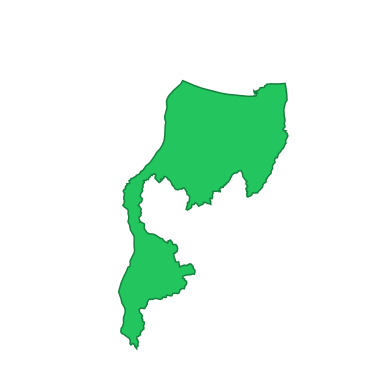 Timaru District, Canterbury, New Zealand (Natural Earth projection), rotated 235°
{"feature_id": "76426892B42496743885166", "entity_name": "Timaru District", "entity_type": "district", "adm_level": 2, "iso_a3": "NZL", "parent_name": "New Zealand", "parent_adm1": "Canterbury", "projection": "natural_earth1", "projection_center": [171.008, -43.976], "detail": "fine", "context": "isolated", "style": "filled", "palette": "green", "viewbox_px": 384, "rotation_deg": 235, "n_neighbors": 0, "source": "geoboundaries", "source_scale": "gbopen_adm2", "svg_char_len": 6060}
<svg xmlns="http://www.w3.org/2000/svg" viewBox="0 0 384 384"><g transform="rotate(235 192 192)"><path d="M98.5,56.6L95.4,56.8L96.7,57.8L96.9,59.7L98.7,60.4L99.9,62.1L104.2,62.9L104.9,63.5L105.0,64.2L104.4,65.5L104.7,66.6L104.5,67.9L106.3,68.9L106.4,69.5L107.1,70.2L107.1,71.9L107.6,72.8L107.3,73.8L108.8,75.0L110.1,75.3L111.1,76.9L112.6,78.1L113.3,78.2L114.5,77.4L115.9,78.5L116.8,78.7L117.2,78.3L118.3,79.0L118.5,79.9L119.7,80.5L121.3,80.5L122.4,80.1L125.8,80.9L126.3,83.3L124.5,85.5L123.9,85.8L123.8,86.9L124.5,87.6L124.8,89.3L125.7,90.3L125.8,91.1L127.0,91.8L127.7,92.7L127.8,93.3L128.7,95.1L128.6,95.8L127.9,96.2L127.7,97.0L126.9,97.6L126.5,98.5L126.2,100.2L125.4,101.6L122.4,104.2L121.7,106.1L122.6,107.4L122.2,108.5L121.2,109.2L120.5,110.3L122.0,112.0L118.6,115.7L119.8,118.2L119.8,118.7L117.0,122.2L116.7,123.4L117.8,125.1L118.8,125.9L118.4,126.8L118.8,127.7L118.4,128.8L117.2,130.1L119.0,132.4L119.0,133.0L120.4,135.5L122.0,136.3L124.2,135.4L125.1,136.1L126.8,135.0L128.0,136.1L127.9,137.6L127.1,140.0L126.4,141.0L126.2,142.0L125.1,143.1L124.5,145.5L123.3,146.9L125.1,148.8L126.3,149.5L128.1,149.2L130.5,150.1L133.3,150.0L134.6,148.7L134.8,145.6L136.5,143.8L136.9,142.8L137.3,140.7L137.8,139.7L137.5,139.4L137.6,138.9L142.5,141.1L142.6,140.2L143.4,139.2L144.5,138.5L145.5,139.2L149.4,140.1L152.3,141.9L151.7,142.8L151.6,143.8L152.0,144.4L151.7,145.5L153.9,147.8L155.8,148.6L158.3,148.6L159.7,146.5L160.1,146.3L162.3,147.0L165.1,146.7L165.6,144.1L164.9,144.1L164.3,142.7L168.2,140.9L170.7,141.0L172.2,139.6L177.5,137.5L179.7,136.1L182.5,132.8L184.5,131.9L188.3,131.8L190.1,132.3L192.3,134.2L193.3,134.6L196.2,133.3L197.2,132.0L197.4,132.8L199.2,132.9L201.1,133.5L201.6,134.2L202.0,136.7L203.4,137.5L203.9,138.6L205.6,138.8L207.2,140.7L210.8,140.7L211.9,140.1L212.6,142.5L213.1,143.2L212.7,144.1L213.1,145.3L214.9,147.5L218.0,147.1L219.8,148.7L221.3,152.3L223.1,152.8L223.9,154.5L226.5,156.4L226.9,157.9L228.0,159.0L229.0,158.6L228.7,160.1L227.9,161.0L228.2,162.4L227.1,163.4L228.5,164.8L228.4,166.3L229.4,168.7L229.0,169.3L228.5,169.2L228.8,170.5L228.3,171.1L228.3,171.8L226.5,172.0L225.2,170.1L224.2,169.5L223.2,170.0L221.9,169.9L218.6,170.5L218.5,172.7L220.3,173.7L218.9,174.7L219.7,175.8L219.5,177.0L220.8,177.8L219.7,179.2L217.6,179.8L216.1,179.6L215.9,180.0L215.4,179.9L215.1,180.4L214.4,180.5L212.3,180.5L208.8,179.8L208.1,179.8L207.6,180.3L204.4,180.0L203.2,180.4L201.9,181.7L201.0,184.7L200.1,185.5L200.4,186.4L200.3,187.4L199.1,188.0L197.1,187.9L196.8,187.6L195.4,188.0L192.8,186.6L192.2,187.1L189.4,187.4L185.3,183.7L186.0,182.6L185.1,181.4L184.4,181.3L183.4,180.3L183.3,179.7L181.1,177.3L179.7,178.1L179.6,182.7L181.6,184.6L180.6,186.8L181.3,188.3L181.2,188.9L179.3,189.3L176.5,189.3L176.4,191.3L175.8,193.3L176.1,195.1L176.9,195.5L176.2,196.0L176.3,196.5L175.5,197.3L173.3,198.3L172.9,199.4L171.1,200.3L173.9,202.1L174.6,201.8L176.3,203.0L176.6,203.4L175.0,204.4L175.7,205.7L177.7,206.9L179.0,208.6L180.5,209.5L178.5,212.5L178.0,214.0L176.9,214.2L176.8,214.7L176.1,215.3L177.0,216.1L178.2,215.7L178.7,216.2L179.0,217.7L178.8,218.0L179.1,218.6L178.6,218.8L178.7,219.4L177.9,220.2L178.8,221.2L178.6,222.1L179.1,222.6L178.7,223.5L179.2,224.1L178.9,224.8L179.4,225.2L179.3,227.2L180.6,230.5L181.8,231.8L181.7,232.8L182.8,234.1L183.3,237.0L181.9,239.9L182.4,241.8L182.0,243.3L181.4,244.4L178.7,244.1L175.2,242.5L170.5,242.6L169.2,243.1L169.0,242.0L167.6,240.8L165.9,241.1L165.6,240.7L164.6,240.7L164.4,239.6L163.8,239.3L163.9,238.7L163.6,237.8L162.1,237.9L161.1,237.1L160.3,237.6L160.2,237.1L159.4,236.9L159.4,236.0L158.8,235.4L157.5,235.2L156.9,234.5L155.8,234.9L155.2,238.7L156.3,241.4L153.7,245.1L154.5,247.0L154.7,249.1L155.7,252.9L156.9,253.8L157.9,256.0L157.6,257.4L157.7,258.3L159.5,259.7L160.0,260.5L160.1,261.5L161.1,263.0L161.9,267.4L163.7,268.8L165.2,271.7L166.4,272.2L167.9,273.9L168.2,274.7L168.3,276.2L168.8,277.2L170.5,277.7L171.9,279.2L171.6,279.9L171.4,279.8L171.9,280.5L171.6,281.0L172.1,281.0L171.9,281.9L171.5,282.0L173.1,283.8L173.9,285.3L174.1,287.0L175.4,290.7L175.4,291.7L178.1,296.4L178.1,297.1L179.8,297.7L180.7,298.6L182.9,302.7L185.5,303.5L187.8,302.8L188.1,303.0L188.2,304.0L190.3,302.2L190.7,302.2L191.8,303.8L191.8,305.2L192.1,305.6L194.2,306.6L195.3,306.5L196.3,308.3L197.5,309.4L202.4,311.7L207.1,314.7L211.4,319.4L212.7,322.5L218.6,326.2L227.5,330.6L231.3,324.2L235.9,317.8L236.7,316.0L237.4,315.4L237.0,314.5L237.2,312.4L236.4,311.7L236.3,311.0L238.1,308.0L238.2,307.2L237.5,306.5L237.3,304.7L237.9,302.2L238.7,300.7L239.2,300.7L238.5,300.2L238.3,300.6L238.6,300.8L238.2,301.1L238.0,300.8L237.2,301.8L237.2,301.2L237.0,301.8L236.3,302.4L236.0,302.1L236.5,301.8L236.0,302.1L236.3,301.6L235.8,301.8L236.6,300.5L236.8,300.6L237.1,300.8L236.7,300.5L236.6,300.4L236.8,300.0L237.5,300.3L236.5,299.7L235.9,300.9L235.2,300.7L234.3,300.3L234.4,299.7L233.9,299.1L235.3,297.9L235.5,296.7L238.8,292.1L251.3,277.5L256.4,272.4L271.2,259.7L278.0,254.9L288.6,248.3L286.9,244.6L285.8,235.1L284.0,227.8L282.2,224.6L281.2,223.4L278.6,221.6L275.8,220.3L269.6,213.1L267.7,211.8L264.4,210.7L261.6,208.0L253.8,202.1L249.9,198.4L247.5,194.7L245.6,190.5L244.7,185.7L243.2,182.7L240.4,175.1L239.8,172.3L240.0,169.8L237.9,164.4L238.2,161.9L236.9,159.0L237.6,155.8L236.7,154.8L237.4,153.2L237.1,151.8L238.0,149.7L237.1,148.6L237.5,147.0L235.2,146.1L235.0,145.1L236.1,143.4L235.0,142.7L234.7,140.9L234.2,140.1L232.6,139.4L232.5,139.0L233.0,137.9L232.5,136.5L231.7,136.0L229.3,135.9L228.7,134.9L227.7,134.3L227.3,133.5L225.8,132.4L225.1,131.9L223.4,131.8L222.9,130.8L220.8,129.2L221.0,128.1L220.8,127.7L219.4,127.8L214.6,129.3L213.2,129.0L210.7,127.1L207.7,126.0L204.3,122.5L200.6,121.9L196.5,119.9L188.7,119.1L181.7,114.1L177.2,111.5L175.5,109.9L170.9,101.6L167.9,99.8L166.8,98.6L166.6,98.1L167.1,96.8L167.0,96.3L164.6,92.8L162.0,87.9L158.0,81.6L152.3,74.6L146.1,72.9L141.0,70.9L135.6,70.4L133.3,69.4L131.4,67.9L128.3,63.7L123.6,60.5L121.6,58.0L121.0,55.8L118.3,53.5L116.3,53.4L114.1,54.6L107.9,56.7L105.4,56.1L103.5,54.3L102.0,54.1L101.7,54.4L101.9,56.8L99.4,57.3L98.5,56.6Z" fill="#22c55e" stroke="#15803d" stroke-width="1.5"/></g></svg>